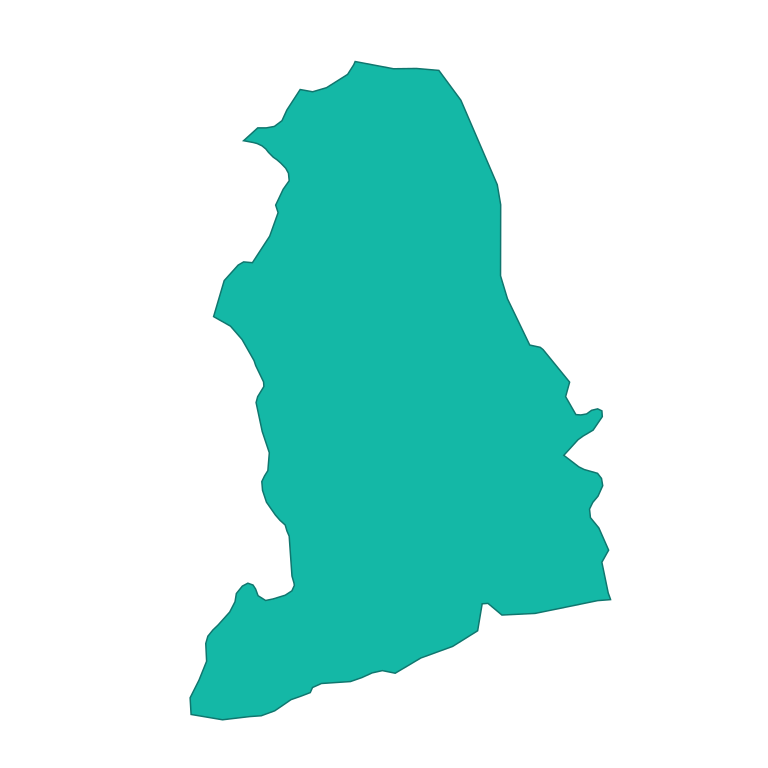 the District of Porto, rotated 266°
{"feature_id": "PRT-754", "entity_name": "Porto", "entity_type": "District", "adm_level": 1, "iso_a3": "PRT", "parent_name": "Portugal", "parent_adm1": "", "projection": "mercator", "projection_center": [-8.398, 41.24], "detail": "fine", "context": "isolated", "style": "filled", "palette": "teal", "viewbox_px": 768, "rotation_deg": 266, "n_neighbors": 0, "source": "natural_earth", "source_scale": "10m", "svg_char_len": 1799}
<svg xmlns="http://www.w3.org/2000/svg" viewBox="0 0 768 768"><g transform="rotate(266 384 384)"><path d="M153.1,595.0L153.0,582.0L144.6,518.7L145.3,485.5L157.9,472.4L157.9,466.6L131.3,460.2L117.5,434.3L108.1,401.6L94.7,375.0L98.2,362.4L96.6,351.9L92.7,341.5L89.5,329.8L89.6,300.7L86.2,291.5L81.3,288.9L78.3,279.1L75.6,269.2L65.6,252.2L61.6,238.4L61.6,226.8L60.3,199.5L67.8,168.5L84.5,168.7L101.5,178.8L119.8,187.7L137.6,188.1L144.7,190.7L150.7,196.3L155.0,201.5L167.3,214.2L177.2,220.2L185.3,222.1L192.3,228.6L194.8,234.3L192.6,239.3L188.5,241.6L181.6,243.6L176.3,250.8L177.3,258.2L180.2,270.7L184.1,277.7L189.3,280.5L191.8,280.3L198.8,278.8L238.8,278.8L244.2,276.9L250.2,275.6L255.3,270.7L260.9,266.5L274.3,258.5L286.4,255.4L295.2,255.3L300.6,258.4L305.7,262.1L323.4,264.8L345.1,259.2L374.4,255.1L380.2,257.1L389.9,264.0L394.5,264.0L411.3,257.3L416.4,256.0L438.3,245.5L452.4,234.9L463.1,218.7L498.3,231.8L512.8,246.8L515.6,252.5L514.2,261.2L539.5,280.3L562.3,290.3L570.0,288.4L585.3,297.0L593.4,303.6L600.9,303.4L606.1,301.0L611.5,296.5L615.2,292.8L617.9,289.4L623.0,285.0L626.7,282.5L630.1,278.9L632.7,274.3L634.0,270.5L636.5,260.9L648.3,275.9L647.7,284.3L648.6,292.6L653.8,300.6L664.1,306.2L683.6,320.9L680.5,333.2L683.6,347.3L695.4,369.3L704.6,376.1L707.7,377.7L697.8,415.5L696.5,438.4L693.0,460.6L661.7,480.5L574.9,510.9L554.7,512.9L483.8,507.8L460.4,513.1L412.7,532.1L409.7,542.4L407.2,545.1L372.9,569.3L358.7,564.3L340.1,573.3L339.4,578.2L340.0,584.0L343.3,589.3L344.3,595.4L342.0,599.5L336.2,599.5L323.4,589.4L318.2,579.0L314.9,573.7L300.3,558.4L287.8,572.5L284.7,577.8L280.0,590.8L274.6,594.4L267.3,595.1L257.2,589.7L251.3,584.0L244.9,580.3L236.3,580.6L225.4,588.3L202.6,596.5L191.0,588.9L159.9,593.1L153.2,595.0L153.1,595.0Z" fill="#14b8a6" stroke="#0f766e" stroke-width="1.5"/></g></svg>